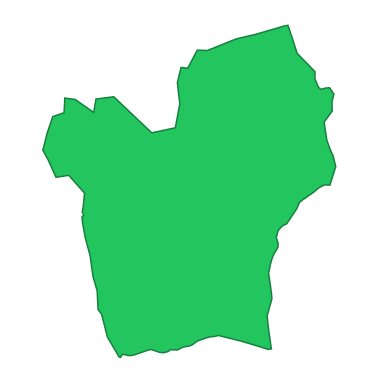 outline of Um Rawaba, North Kordufan, Sudan, rotated 357°
{"feature_id": "16777658B38678989817787", "entity_name": "Um Rawaba", "entity_type": "district", "adm_level": 2, "iso_a3": "SDN", "parent_name": "Sudan", "parent_adm1": "North Kordufan", "projection": "equal_earth", "projection_center": [31.53, 13.161], "detail": "fine", "context": "isolated", "style": "filled", "palette": "green", "viewbox_px": 384, "rotation_deg": 357, "n_neighbors": 0, "source": "geoboundaries", "source_scale": "gbopen_adm2", "svg_char_len": 3240}
<svg xmlns="http://www.w3.org/2000/svg" viewBox="0 0 384 384"><g transform="rotate(357 192 192)"><path d="M263.1,352.9L263.0,352.6L263.0,352.4L263.0,351.7L262.9,351.3L262.5,346.8L262.1,342.0L261.5,336.1L261.4,334.5L261.3,333.6L261.2,331.2L260.8,325.6L260.8,324.8L260.5,319.6L263.8,310.0L264.1,309.1L264.4,308.3L266.2,302.8L266.1,298.7L265.9,295.6L265.7,293.5L265.7,292.9L265.4,289.6L264.8,282.7L264.7,282.4L264.7,282.1L264.6,281.2L264.6,280.6L264.5,279.9L264.4,278.6L264.3,277.4L264.3,276.9L264.6,275.6L264.8,275.0L265.0,274.3L265.8,271.2L266.2,269.3L267.7,264.9L269.0,261.1L270.1,259.2L271.6,256.7L271.8,256.3L272.3,255.6L272.6,255.2L273.7,253.7L274.1,253.0L274.9,251.7L274.9,251.4L275.0,250.8L275.1,250.0L275.1,249.7L275.2,247.9L275.2,247.3L275.1,247.1L275.0,246.5L273.8,241.9L274.0,241.3L276.0,235.1L280.5,230.5L281.2,230.2L284.8,228.8L287.8,224.9L289.5,222.6L293.9,216.7L295.7,214.3L298.8,208.0L301.4,206.1L313.6,198.5L314.9,197.5L319.1,194.3L322.1,193.0L322.7,192.7L324.9,191.8L330.1,192.3L334.2,181.3L335.8,177.0L335.9,176.7L336.9,174.2L336.8,173.7L335.4,166.6L334.8,163.1L333.7,160.6L332.5,157.6L330.0,149.4L329.3,147.2L329.3,146.7L328.0,133.9L327.6,129.1L329.0,127.4L334.6,120.6L336.2,118.7L336.3,118.6L336.3,118.1L336.3,116.1L336.4,113.0L336.5,111.8L336.6,108.6L336.7,108.3L336.7,108.2L337.0,107.5L337.7,105.6L338.2,103.5L338.8,101.5L338.6,101.3L336.8,98.3L335.2,95.7L334.8,95.1L334.3,95.1L330.5,95.2L326.7,96.2L326.4,96.3L324.2,94.5L323.9,94.3L322.8,91.2L321.3,87.2L320.9,86.1L320.7,85.7L320.7,85.4L320.9,81.9L321.0,81.1L321.1,78.3L321.1,78.2L317.7,74.4L316.1,72.5L314.9,71.1L313.5,69.6L312.2,68.0L311.0,66.7L310.9,66.6L307.5,62.7L306.2,61.2L304.1,58.9L304.0,58.1L303.1,54.7L302.4,52.1L302.0,50.7L301.9,50.2L301.5,48.5L300.8,46.0L300.5,44.7L300.4,44.3L299.6,41.4L299.3,40.4L298.6,38.0L297.7,34.6L297.0,32.2L296.5,30.5L295.9,30.6L295.0,30.7L293.1,31.0L292.0,31.2L280.8,33.9L267.1,37.1L262.9,38.1L244.5,41.3L234.6,44.7L214.7,51.5L204.7,50.6L194.2,68.1L187.6,67.0L186.2,71.7L183.1,82.2L184.4,103.4L178.7,127.0L154.9,130.8L138.8,113.8L126.9,101.3L118.9,92.8L101.0,94.1L98.0,107.4L80.2,93.5L69.9,91.5L68.4,106.1L56.9,109.4L55.2,113.8L50.5,125.4L50.3,125.9L50.3,126.1L45.3,142.3L45.2,142.4L49.0,150.2L49.1,150.5L50.0,152.3L56.3,168.5L57.0,170.2L69.8,168.9L84.7,187.6L83.9,192.0L83.6,194.9L82.3,202.4L81.3,206.3L82.1,207.9L82.5,209.0L82.2,210.2L81.2,210.4L80.8,211.5L81.2,217.9L83.0,232.2L83.2,233.0L86.9,250.2L88.6,270.4L88.7,270.5L88.8,271.7L92.1,285.6L92.1,304.5L95.3,309.2L100.0,332.6L108.7,349.3L110.4,352.8L112.1,353.5L112.2,353.3L113.0,351.6L114.5,350.5L114.8,350.6L115.7,350.8L121.4,352.2L124.6,351.9L127.5,351.2L128.9,350.7L130.3,350.4L137.5,348.3L140.5,347.5L142.1,347.2L143.1,347.2L143.9,347.5L145.2,348.0L145.4,348.0L145.5,348.1L150.8,350.3L154.8,351.1L155.7,350.9L158.8,350.3L159.8,350.0L160.8,349.4L162.0,348.4L162.9,348.4L169.1,349.0L175.1,346.4L181.5,345.6L184.7,344.4L189.3,341.2L194.5,339.6L198.0,338.7L199.0,338.4L201.1,337.8L206.5,337.4L208.6,337.1L211.0,336.7L216.8,338.5L217.9,338.8L220.8,339.7L228.6,342.1L233.6,343.6L240.8,346.2L244.2,347.4L245.7,347.9L249.0,349.1L249.7,349.4L252.0,350.2L256.7,352.0L259.6,353.1L261.0,353.0L261.9,353.0L263.1,352.9Z" fill="#22c55e" stroke="#15803d" stroke-width="1.5"/></g></svg>